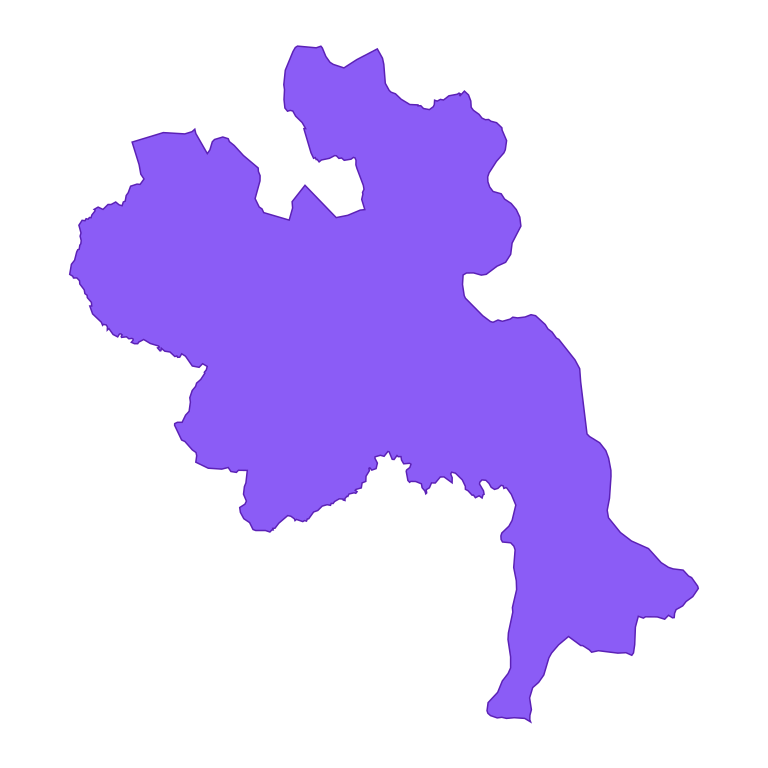 Bale, Balé, Burkina Faso (Equal Earth projection)
{"feature_id": "67063806B68807156447803", "entity_name": "Bale", "entity_type": "district", "adm_level": 2, "iso_a3": "BFA", "parent_name": "Burkina Faso", "parent_adm1": "Balé", "projection": "equal_earth", "projection_center": [-3.151, 11.673], "detail": "fine", "context": "isolated", "style": "filled", "palette": "violet", "viewbox_px": 768, "rotation_deg": 0, "n_neighbors": 0, "source": "geoboundaries", "source_scale": "gbopen_adm2", "svg_char_len": 6063}
<svg xmlns="http://www.w3.org/2000/svg" viewBox="0 0 768 768"><path d="M464.4,91.1L460.1,95.7L459.6,95.2L460.2,93.7L459.0,93.1L457.4,94.2L448.9,95.8L443.5,100.0L440.4,99.4L437.2,101.1L434.6,100.2L434.3,104.6L433.3,106.7L429.4,109.6L423.5,108.5L420.8,105.7L418.0,105.8L418.0,104.9L409.8,104.5L401.1,99.2L395.5,93.8L391.1,92.2L389.2,90.4L385.3,83.3L383.8,64.3L382.5,58.2L377.3,48.9L356.8,59.6L343.9,67.9L333.3,64.4L330.0,62.3L325.8,56.4L322.3,47.9L320.9,46.2L316.2,47.8L297.5,46.1L295.3,47.5L293.0,51.5L285.3,70.2L283.8,84.7L284.5,89.6L284.0,99.6L284.9,108.0L287.5,111.2L290.2,110.4L292.8,111.0L295.6,116.1L302.1,122.5L305.1,127.6L305.6,128.6L303.9,128.6L304.4,130.5L311.0,152.8L313.6,158.3L315.3,157.6L316.2,159.6L317.2,159.4L319.1,161.9L321.4,160.0L329.5,158.3L334.7,155.6L336.4,155.8L338.9,158.4L341.6,158.0L344.2,160.3L351.0,159.2L353.4,157.4L355.0,157.9L356.0,160.3L355.9,164.9L356.9,168.3L363.3,185.3L364.0,189.3L362.5,192.5L362.9,194.1L361.7,199.4L364.8,209.6L360.2,210.1L347.8,215.3L336.2,217.6L305.0,185.3L292.1,201.7L292.6,208.0L289.2,220.1L263.7,212.6L262.0,208.9L259.2,207.0L255.1,198.6L260.0,180.9L260.1,175.7L258.4,171.4L258.2,168.0L243.4,155.5L234.3,145.6L229.4,141.6L228.2,138.7L222.8,137.0L214.5,139.5L212.3,141.8L209.9,149.9L207.3,153.6L195.8,133.5L194.8,129.2L192.0,131.7L184.8,133.9L163.3,132.6L132.1,142.1L139.1,164.7L140.8,174.2L144.0,179.0L140.1,184.4L137.0,184.1L130.6,186.2L128.2,192.7L126.2,195.5L125.2,201.1L123.3,202.0L122.1,205.7L119.2,204.9L115.7,202.0L111.1,204.5L108.0,204.5L103.0,209.4L98.1,207.1L94.1,209.4L95.0,210.0L94.9,211.1L91.9,214.9L91.0,217.7L89.4,217.5L88.1,219.2L86.1,218.7L85.0,220.7L82.1,220.3L78.9,225.2L81.0,233.0L80.1,236.1L81.2,240.6L80.8,243.8L79.8,245.2L79.2,249.2L77.8,249.7L76.7,251.9L74.6,260.2L71.4,264.3L69.7,274.4L72.7,276.2L73.5,278.0L76.8,277.9L79.5,280.7L79.8,284.0L84.2,289.8L84.9,293.6L87.1,295.3L87.3,297.6L91.4,302.4L91.7,306.0L89.8,306.0L92.6,313.9L101.3,322.2L102.6,325.3L103.4,324.4L106.2,324.9L107.4,326.8L107.3,330.1L108.9,328.6L113.1,334.5L117.7,336.9L119.4,334.1L120.8,333.8L122.1,334.9L121.2,336.3L121.5,337.4L126.5,336.8L128.9,338.8L131.9,338.4L133.2,339.2L133.1,340.2L131.3,342.3L134.4,343.7L137.7,343.7L138.8,342.1L143.7,339.5L150.3,343.5L158.6,346.0L159.3,347.0L157.5,347.9L160.1,350.9L160.9,350.7L161.4,348.3L164.8,351.2L170.0,352.0L174.8,356.5L176.9,356.0L177.6,357.3L179.7,357.2L181.7,353.8L185.5,356.2L192.3,366.0L199.1,367.3L202.6,363.7L207.2,366.4L206.3,369.9L204.3,372.3L204.8,373.3L200.7,379.5L196.6,383.1L195.6,386.4L192.2,390.5L189.8,397.7L190.4,402.1L189.1,411.3L185.6,415.1L182.1,422.3L177.4,422.3L174.7,423.6L174.6,425.3L181.6,440.0L184.9,441.5L192.3,449.9L196.0,452.5L196.7,455.7L195.8,462.2L208.2,468.2L221.8,469.1L228.2,467.5L230.9,471.5L236.4,472.4L238.4,470.3L247.3,470.4L245.9,482.9L244.4,486.6L243.5,494.2L246.4,501.1L244.9,504.2L239.7,507.5L240.4,512.4L243.8,518.7L249.6,522.6L253.0,529.5L255.7,530.5L265.4,530.5L269.9,532.0L271.8,530.0L273.2,529.9L272.7,528.4L275.0,528.2L278.8,523.2L287.7,515.6L290.8,516.2L294.4,518.8L295.0,520.6L296.4,519.4L302.8,521.6L304.4,520.6L306.5,521.1L307.3,519.0L308.7,518.8L313.6,512.0L317.8,510.5L322.2,506.1L327.1,504.7L330.5,505.3L331.2,503.4L333.1,503.5L334.6,501.5L339.3,498.8L343.1,499.1L343.2,500.0L345.0,500.5L344.9,498.6L346.9,496.3L347.8,496.5L349.0,494.0L354.1,492.8L355.8,493.3L357.1,491.7L355.2,490.3L356.0,489.4L361.3,487.9L362.1,482.9L365.8,481.4L366.0,476.3L369.4,470.7L368.9,468.3L369.8,467.8L371.8,470.1L376.1,468.6L377.4,463.1L374.9,458.2L375.1,456.8L380.4,455.3L384.1,456.3L387.9,451.5L389.1,451.8L392.2,459.3L394.1,459.5L397.0,455.5L398.2,456.7L401.0,456.6L401.5,460.0L403.7,463.8L409.6,463.3L411.0,464.2L409.8,467.5L406.6,470.0L406.2,471.3L407.9,480.5L409.6,482.3L410.8,481.4L415.7,481.5L421.4,483.8L422.1,487.7L424.9,491.0L425.8,493.8L426.7,492.9L426.2,489.7L429.4,487.8L431.5,482.9L435.3,483.0L440.3,477.0L444.0,476.9L452.1,482.8L452.2,477.7L450.7,473.9L451.7,472.2L455.5,473.2L462.3,479.9L465.3,486.2L465.4,489.3L468.0,490.7L472.1,495.2L473.5,495.1L475.4,497.7L479.1,495.8L482.1,498.0L483.0,494.9L484.1,494.3L483.5,490.8L479.5,484.0L479.8,482.2L482.0,479.9L485.9,480.3L489.0,483.4L491.2,487.3L494.5,489.4L497.9,488.4L501.1,485.3L503.1,485.8L503.9,488.4L506.0,487.6L507.0,488.3L511.4,494.5L515.8,505.1L512.1,520.4L508.9,526.2L501.8,533.0L500.9,535.9L501.1,539.5L502.5,542.0L510.7,542.8L513.9,546.2L515.1,549.9L513.7,567.5L516.3,580.8L516.6,589.7L512.4,607.6L512.8,612.1L508.4,632.9L508.0,639.5L510.6,656.9L510.6,667.9L508.1,673.5L502.3,681.0L497.7,692.3L488.1,702.6L487.0,710.7L487.9,713.3L490.5,715.6L497.2,717.9L501.8,717.3L506.5,718.4L514.2,717.7L524.7,718.4L530.6,721.9L529.8,719.7L529.9,715.3L531.4,709.7L529.6,697.9L532.7,687.6L538.7,682.3L543.8,675.0L548.9,657.8L551.6,653.0L558.6,644.8L568.5,636.5L580.7,645.5L582.7,645.6L589.3,649.8L591.6,652.2L598.4,650.7L617.8,653.1L626.0,652.7L631.8,655.3L633.5,652.9L634.7,644.7L635.4,627.1L638.3,616.3L643.4,618.1L645.5,616.8L657.2,616.9L664.7,619.2L668.5,615.3L672.5,617.8L674.2,617.6L674.6,613.3L676.1,609.6L682.7,605.9L686.1,601.5L692.8,596.6L698.3,588.5L697.7,586.2L691.6,577.6L688.5,576.0L683.1,570.1L673.2,568.9L668.4,567.3L661.1,562.6L648.5,548.6L631.5,541.0L620.4,532.5L608.5,517.8L607.2,510.3L609.5,498.2L611.0,476.2L610.9,470.3L608.6,458.1L605.8,450.6L599.7,442.8L589.5,436.5L587.0,433.9L580.7,382.1L579.7,368.7L575.0,359.9L558.8,339.4L556.4,338.1L552.1,332.1L547.9,328.9L545.2,324.5L535.6,315.7L531.0,314.7L525.1,317.0L517.7,317.9L512.8,317.2L510.2,319.1L502.4,321.3L498.0,320.0L493.0,322.3L490.4,321.5L482.8,315.8L465.4,298.2L464.2,295.6L462.5,284.5L463.1,275.0L466.5,273.0L473.5,272.9L481.3,275.1L486.3,274.3L497.0,266.2L505.6,262.3L510.7,254.3L512.1,243.1L520.9,226.1L519.8,217.1L516.3,209.6L511.2,203.5L504.6,199.1L501.2,193.8L493.1,191.5L489.7,187.0L487.9,181.8L487.7,176.9L489.1,172.8L496.5,161.3L503.9,152.9L505.3,149.8L506.6,140.6L502.1,130.1L501.9,127.8L496.6,122.7L490.9,121.2L488.6,119.5L485.4,119.7L482.0,118.1L479.0,114.3L473.4,110.3L471.2,107.3L470.8,101.0L468.5,94.9L464.4,91.1Z" fill="#8b5cf6" stroke="#5b21b6" stroke-width="1.5"/></svg>